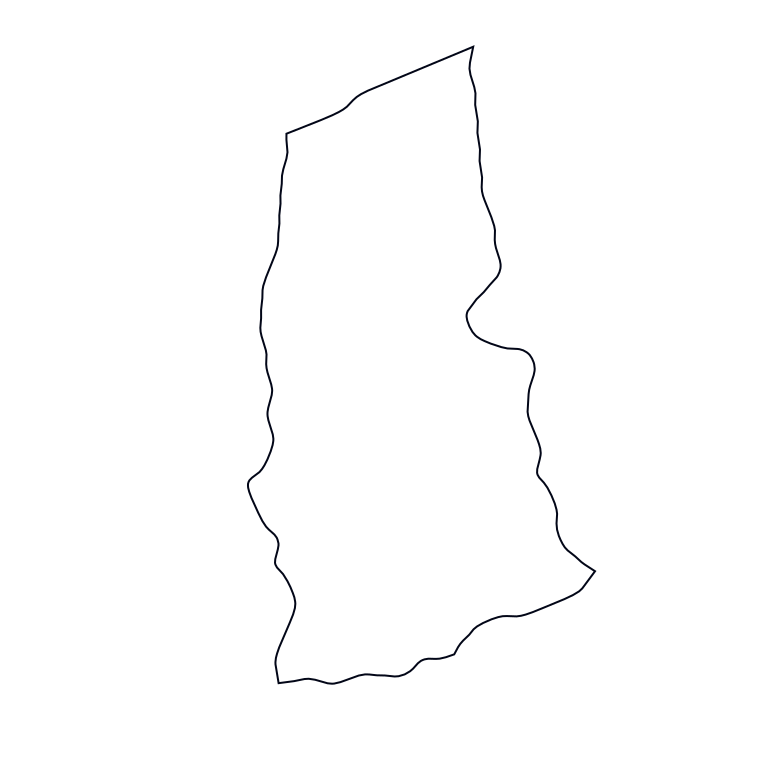 Postrer Rio, Independencia, Dominican Republic (orthographic projection), rotated 157°
{"feature_id": "3306468B53759087220335", "entity_name": "Postrer Rio", "entity_type": "district", "adm_level": 2, "iso_a3": "DOM", "parent_name": "Dominican Republic", "parent_adm1": "Independencia", "projection": "orthographic", "projection_center": [-71.638, 18.58], "detail": "fine", "context": "isolated", "style": "outline", "palette": "ink", "viewbox_px": 768, "rotation_deg": 157, "n_neighbors": 0, "source": "geoboundaries", "source_scale": "gbopen_adm2", "svg_char_len": 2974}
<svg xmlns="http://www.w3.org/2000/svg" viewBox="0 0 768 768"><g transform="rotate(157 384 384)"><path d="M597.9,149.8L582.8,145.6L572.5,143.5L568.5,142.1L563.0,138.7L552.8,130.5L548.9,128.4L546.9,127.7L540.6,126.6L521.1,125.5L514.9,124.1L511.3,122.5L504.5,118.7L497.0,115.3L488.5,110.6L484.7,109.3L478.4,108.6L472.2,109.4L468.5,110.6L461.9,113.7L458.2,114.7L456.2,114.8L454.3,114.7L450.5,113.8L443.7,110.7L440.0,109.4L433.7,108.3L425.0,107.7L418.7,112.8L415.3,115.0L411.4,116.9L403.5,119.9L397.4,123.2L393.0,124.5L386.2,125.3L376.9,125.4L370.0,124.8L365.5,123.9L361.6,122.4L352.8,118.3L348.4,117.1L343.7,116.4L336.4,115.9L324.2,115.7L302.0,115.5L292.4,115.9L285.4,116.9L281.3,118.4L262.9,129.2L269.9,139.6L271.9,143.0L275.3,150.5L280.0,159.1L281.4,163.0L282.1,167.2L282.4,171.6L282.4,175.9L281.6,182.3L279.7,188.2L275.4,196.8L274.3,200.9L273.5,207.3L273.4,216.1L274.1,224.8L275.4,230.7L277.7,237.2L278.1,240.5L277.8,242.4L276.2,245.8L270.1,253.8L267.7,257.3L266.7,259.2L265.4,263.5L264.8,268.0L264.5,272.6L264.3,293.5L263.8,298.0L262.7,302.3L254.8,318.3L252.6,322.0L250.0,325.4L242.8,333.6L240.3,337.2L239.3,339.2L238.1,343.3L237.8,345.4L237.8,349.6L238.5,353.7L239.3,355.7L240.3,357.5L242.7,360.6L245.7,363.1L247.4,364.1L256.5,368.5L261.7,372.2L270.0,379.5L274.6,384.2L277.5,387.5L279.9,391.1L280.9,393.1L282.2,397.3L282.9,403.6L282.6,409.8L281.7,413.6L280.9,415.4L279.8,417.0L278.5,418.4L265.7,425.9L256.2,429.6L247.6,434.0L238.5,438.2L236.9,439.3L234.0,441.9L231.6,445.0L230.7,446.7L229.9,448.7L229.0,452.7L227.8,465.4L227.0,469.5L225.8,473.3L221.8,482.1L220.8,486.4L220.0,495.5L219.6,514.1L219.3,518.7L218.5,523.1L217.2,527.0L213.0,535.8L208.9,551.9L204.0,562.4L199.9,578.6L195.0,589.1L191.0,605.3L186.2,615.9L184.9,622.0L183.6,634.8L182.1,640.9L179.3,646.2L170.1,659.6L284.3,660.3L291.9,659.8L296.9,658.9L301.4,657.4L309.9,653.7L314.5,652.6L319.3,652.0L326.8,651.6L339.4,651.6L376.0,652.5L378.4,646.9L382.3,635.0L385.8,629.5L392.8,621.0L396.5,615.6L399.9,608.2L405.7,598.0L408.8,590.4L414.5,580.1L417.6,572.5L422.4,564.0L425.7,556.7L427.7,552.9L430.3,549.4L433.3,546.0L450.9,528.3L456.8,521.5L459.1,517.9L462.5,510.4L468.2,500.2L471.4,492.6L475.9,484.0L477.2,480.2L478.0,476.0L479.6,461.1L480.6,457.1L484.7,448.3L485.9,444.5L486.7,440.3L488.0,427.6L488.9,423.4L489.6,421.4L491.7,417.7L499.8,407.4L502.1,403.8L503.0,401.9L503.7,399.9L504.6,395.8L506.1,381.0L507.2,376.9L508.1,374.9L510.4,371.3L514.6,366.3L520.8,360.1L525.8,355.9L529.3,353.5L533.0,351.6L542.2,349.3L545.5,347.9L547.0,346.7L548.2,345.2L549.0,343.4L549.6,341.5L550.2,337.4L550.5,330.9L550.1,314.6L549.5,305.4L548.3,298.8L546.9,295.0L543.7,288.2L542.8,284.5L542.8,282.5L543.4,278.5L544.2,276.6L546.4,273.2L552.5,265.3L554.2,262.0L554.5,260.2L554.2,256.9L551.2,248.5L549.9,240.1L549.5,233.5L549.6,227.0L549.9,222.6L550.8,218.4L551.5,216.3L553.6,212.5L557.7,207.4L564.0,201.1L583.4,182.5L587.8,177.6L590.5,174.1L592.6,170.4L593.4,168.4L597.9,149.8Z" fill="none" stroke="#020617" stroke-width="2"/></g></svg>